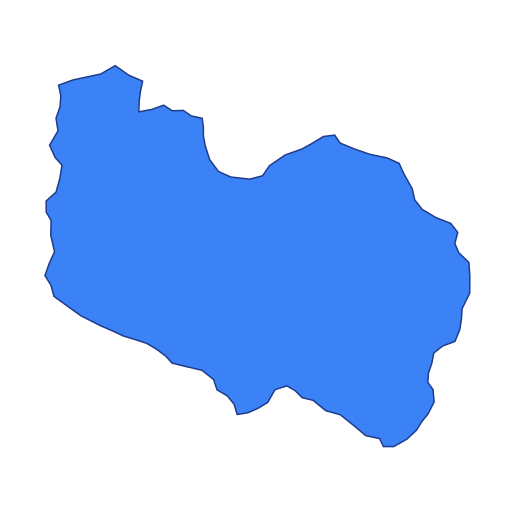 the district of Bom Jesus dos Perdões, São Paulo, Brazil, rotated 266°
{"feature_id": "56859067B70842642043037", "entity_name": "Bom Jesus dos Perdões", "entity_type": "district", "adm_level": 2, "iso_a3": "BRA", "parent_name": "Brazil", "parent_adm1": "São Paulo", "projection": "albers", "projection_center": [-46.478, -23.173], "detail": "fine", "context": "isolated", "style": "filled", "palette": "blue", "viewbox_px": 512, "rotation_deg": 266, "n_neighbors": 0, "source": "geoboundaries", "source_scale": "gbopen_adm2", "svg_char_len": 1502}
<svg xmlns="http://www.w3.org/2000/svg" viewBox="0 0 512 512"><g transform="rotate(266 256 256)"><path d="M156.9,448.5L168.5,454.2L178.6,456.5L189.1,457.9L204.0,466.6L220.7,467.9L234.7,467.9L245.2,458.5L254.5,455.2L265.4,458.9L274.9,452.6L281.8,438.1L291.0,424.9L301.1,418.2L312.0,416.6L327.5,409.3L338.5,405.2L344.7,393.6L349.6,376.3L356.1,361.2L362.8,347.8L371.1,342.9L370.5,331.5L364.0,318.9L359.5,309.1L354.8,292.2L345.1,275.7L335.6,268.2L333.1,255.2L336.5,236.5L342.9,224.5L355.4,216.5L369.2,213.1L379.3,211.9L388.3,212.5L397.1,211.9L400.3,201.1L406.3,193.7L406.7,182.6L412.9,174.4L409.5,162.2L408.0,149.2L418.3,150.2L428.2,152.2L438.3,155.1L445.1,141.9L455.7,128.8L448.4,113.8L446.6,101.2L444.5,86.1L440.2,71.0L429.2,72.5L418.3,70.8L407.3,66.1L394.7,67.2L380.9,57.8L368.3,62.5L360.1,68.8L347.0,65.7L333.7,61.0L325.5,50.5L314.4,49.8L305.8,54.1L291.0,52.7L274.2,55.3L262.6,49.0L251.2,44.1L241.1,49.4L229.8,51.7L219.7,63.7L208.3,77.5L203.6,85.5L197.3,96.0L190.5,109.1L185.3,118.4L181.4,128.8L176.5,140.8L170.0,150.2L162.3,159.1L155.0,164.8L150.7,178.1L145.8,194.1L135.7,205.1L125.2,207.8L118.5,217.6L109.5,223.9L99.2,226.1L100.2,237.1L103.7,246.9L109.0,257.4L121.3,265.6L124.3,277.6L119.1,285.5L111.4,292.2L108.1,302.8L96.8,314.8L91.8,328.9L80.8,340.9L69.2,352.9L65.2,366.6L57.0,369.8L56.3,380.2L62.8,393.8L71.1,404.0L79.3,409.9L86.4,416.6L98.0,423.5L110.3,423.3L118.0,418.6L127.2,419.9L136.7,423.9L146.8,426.6L153.2,435.9L156.9,448.5Z" fill="#3b82f6" stroke="#1e3a8a" stroke-width="1.5"/></g></svg>